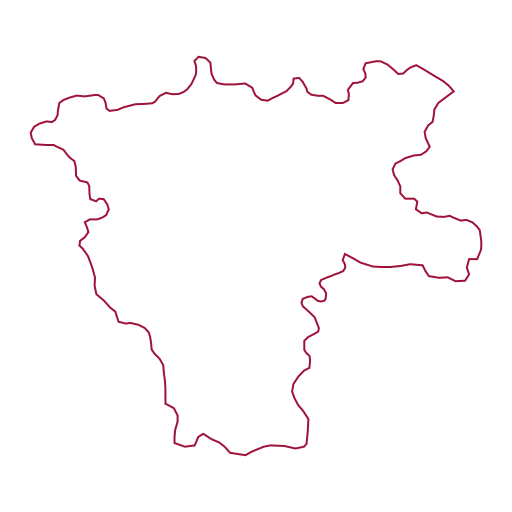 outline of Zel'va, Grodno, Belarus
{"feature_id": "67162791B91505134452571", "entity_name": "Zel'va", "entity_type": "district", "adm_level": 2, "iso_a3": "BLR", "parent_name": "Belarus", "parent_adm1": "Grodno", "projection": "mercator", "projection_center": [24.857, 53.119], "detail": "fine", "context": "isolated", "style": "outline", "palette": "rose", "viewbox_px": 512, "rotation_deg": 0, "n_neighbors": 0, "source": "geoboundaries", "source_scale": "gbopen_adm2", "svg_char_len": 3411}
<svg xmlns="http://www.w3.org/2000/svg" viewBox="0 0 512 512"><path d="M416.3,65.2L410.4,67.5L406.9,70.0L403.2,73.5L398.3,74.0L393.0,69.1L387.7,64.7L380.9,61.4L376.3,61.2L365.6,63.3L363.3,69.1L365.4,73.5L365.6,77.5L362.8,81.2L357.5,82.8L353.0,83.0L347.9,89.8L348.9,94.2L348.4,100.2L342.8,103.0L335.6,103.0L330.3,99.5L323.1,95.8L318.2,95.8L311.2,94.7L307.5,91.9L306.3,88.2L302.6,81.7L299.1,77.9L293.6,78.6L293.1,83.5L290.8,86.8L286.4,91.2L282.2,93.3L277.5,95.8L272.4,98.1L267.8,100.7L261.3,99.8L255.5,95.4L254.3,92.8L252.2,87.7L245.2,83.5L235.0,84.4L224.1,84.4L216.9,83.0L214.3,79.8L211.6,74.0L210.9,68.2L210.4,62.6L205.5,58.0L198.5,56.8L194.4,61.0L196.0,65.9L196.2,70.7L195.8,74.7L193.7,79.3L191.3,84.2L186.9,89.6L183.7,91.9L178.6,94.0L172.1,94.2L166.0,92.8L159.5,96.1L155.1,101.6L152.3,103.3L143.5,104.0L135.4,104.2L129.3,105.8L123.3,107.4L117.7,109.8L109.6,110.9L106.5,108.6L105.6,103.0L103.8,98.4L98.4,95.1L95.8,94.9L95.6,94.9L84.8,96.4L76.8,95.6L69.9,97.5L63.4,100.0L59.4,102.9L57.9,110.5L57.6,115.2L55.0,120.0L51.8,122.1L46.7,121.4L39.4,123.6L34.0,126.9L30.7,132.7L31.8,138.1L35.1,144.3L46.7,145.0L53.6,145.0L57.9,147.2L63.4,149.7L66.7,154.1L70.3,158.1L74.3,161.0L75.7,166.4L76.1,175.9L79.7,180.6L84.4,181.7L87.3,182.4L89.2,185.7L89.5,194.0L90.3,199.1L96.1,201.3L99.0,198.7L103.7,199.1L107.3,204.5L108.8,209.3L106.2,215.1L102.2,217.6L97.1,219.4L89.9,219.4L84.8,222.3L87.0,227.4L88.4,232.1L84.8,237.2L80.1,240.8L79.4,245.6L82.6,248.5L85.5,252.5L88.1,256.4L90.6,263.0L92.4,268.1L95.0,277.5L94.6,285.9L96.4,294.2L104.0,300.7L110.2,307.6L115.3,311.6L117.5,318.5L118.6,321.8L126.2,323.6L130.2,322.9L138.2,324.7L144.7,328.0L148.7,332.3L150.1,336.7L151.2,343.9L151.6,349.4L154.5,353.7L159.6,358.8L163.2,365.0L163.9,373.0L165.0,381.3L165.4,388.6L165.5,403.9L166.0,403.9L173.9,408.2L177.6,415.5L177.6,421.6L175.1,430.2L174.5,437.5L174.5,443.0L184.9,446.7L194.7,445.4L198.3,436.9L203.2,433.8L211.8,439.3L219.1,442.4L224.6,446.7L230.1,452.8L245.4,455.2L252.1,451.5L263.7,446.7L270.4,445.4L284.4,446.0L295.4,448.5L304.0,446.7L306.6,443.7L306.6,443.0L307.7,432.1L308.4,419.1L303.0,410.7L298.3,405.3L294.6,398.4L292.1,391.5L293.5,383.9L298.4,376.5L304.3,370.4L309.4,367.9L310.1,360.4L309.6,356.0L306.3,353.0L304.3,349.8L304.3,340.7L308.2,337.0L314.0,334.0L318.2,331.6L318.9,328.1L317.0,323.5L314.8,317.4L312.3,315.0L308.8,311.6L302.9,306.4L301.5,302.8L302.7,298.9L307.6,296.9L311.7,296.3L314.9,298.6L317.8,300.9L321.2,301.5L324.4,300.7L325.6,298.6L326.2,293.7L324.1,289.4L320.9,286.6L319.5,283.2L321.2,279.9L327.7,277.2L331.4,275.9L334.7,274.4L338.7,273.1L343.3,271.0L345.3,267.6L344.8,264.1L342.7,260.1L344.9,254.0L354.5,259.1L360.2,262.5L372.7,266.5L381.2,267.0L390.3,267.0L401.1,265.9L410.1,264.2L422.6,265.3L425.4,271.0L428.8,276.1L439.1,277.8L447.6,277.3L455.5,281.2L465.1,280.7L469.1,274.4L466.8,267.6L469.1,259.1L477.1,259.1L480.8,250.3L481.3,246.8L481.3,241.7L480.6,236.1L479.7,230.1L477.1,226.6L472.5,222.4L466.4,219.9L460.8,220.6L454.3,218.0L449.6,215.8L444.2,216.9L436.6,216.5L426.8,212.5L421.7,213.3L415.9,209.3L417.3,201.6L414.1,198.7L405.3,198.7L400.3,193.3L400.3,186.4L397.7,180.6L394.1,175.1L392.6,169.3L395.5,163.5L400.6,161.0L405.3,158.1L413.7,155.5L420.9,154.8L426.4,151.2L429.7,146.8L425.7,138.1L424.6,131.9L428.2,125.4L432.6,121.8L433.7,116.0L434.4,109.4L438.4,102.9L444.2,98.5L453.7,91.4L448.9,85.8L442.7,80.8L434.0,75.7L423.9,69.5L416.3,65.2Z" fill="none" stroke="#9f1239" stroke-width="2"/></svg>